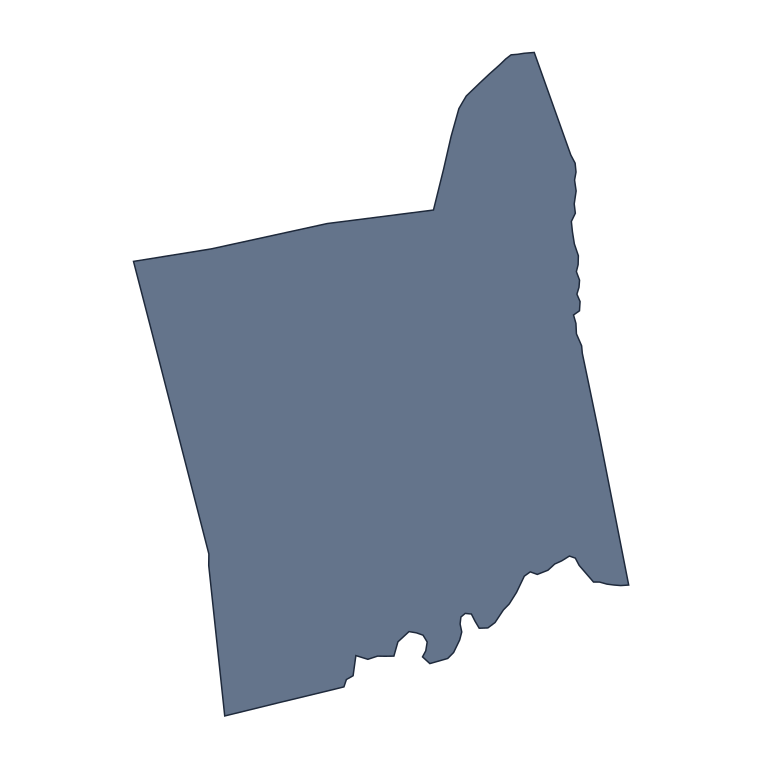 Boa Vista, Paraíba, Brazil (Equal Earth projection), rotated 344°
{"feature_id": "56859067B8000436166889", "entity_name": "Boa Vista", "entity_type": "district", "adm_level": 2, "iso_a3": "BRA", "parent_name": "Brazil", "parent_adm1": "Paraíba", "projection": "equal_earth", "projection_center": [-36.175, -7.261], "detail": "fine", "context": "isolated", "style": "filled", "palette": "slate", "viewbox_px": 768, "rotation_deg": 344, "n_neighbors": 0, "source": "geoboundaries", "source_scale": "gbopen_adm2", "svg_char_len": 1323}
<svg xmlns="http://www.w3.org/2000/svg" viewBox="0 0 768 768"><g transform="rotate(344 384 384)"><path d="M619.8,106.7L609.8,104.7L603.3,103.9L596.9,102.6L590.6,105.1L583.1,109.1L577.9,111.6L571.0,114.9L559.3,120.9L542.5,129.8L537.6,134.4L531.9,139.9L516.8,164.4L500.5,193.9L479.5,230.4L373.6,214.1L255.2,206.5L177.0,197.1L175.1,271.3L168.8,499.1L165.5,510.1L139.4,659.2L194.2,661.3L253.4,663.8L262.0,664.1L266.4,657.7L273.9,655.9L282.1,637.3L292.6,644.2L302.8,643.8L310.0,646.0L318.5,648.3L326.3,635.7L339.8,628.9L346.5,632.1L352.3,636.2L354.4,643.9L350.6,652.0L345.8,656.9L351.0,665.4L369.6,665.4L376.9,661.3L386.2,650.9L390.4,643.8L391.0,635.7L393.7,629.2L398.8,626.9L404.6,629.2L406.1,637.0L408.2,645.0L416.6,647.1L425.0,643.9L436.5,634.1L443.7,630.0L453.9,620.9L465.9,607.4L472.8,604.9L478.9,609.3L490.3,608.2L498.5,604.1L506.0,603.0L514.8,600.5L519.9,604.1L521.6,612.2L530.8,632.1L536.6,633.8L543.1,637.8L549.6,640.6L556.0,643.0L563.8,644.7L577.0,491.0L581.2,435.1L583.1,409.1L584.5,401.8L582.8,388.8L585.2,378.7L585.2,369.9L592.1,367.5L595.2,358.8L594.2,350.8L598.1,344.8L600.6,338.1L599.9,329.0L603.5,322.8L606.2,314.3L605.6,301.8L607.1,289.6L608.9,279.4L615.0,272.6L616.5,263.3L621.9,251.4L623.4,240.5L627.0,233.2L628.6,224.4L626.7,215.4L619.8,106.7Z" fill="#64748b" stroke="#1e293b" stroke-width="1.5"/></g></svg>